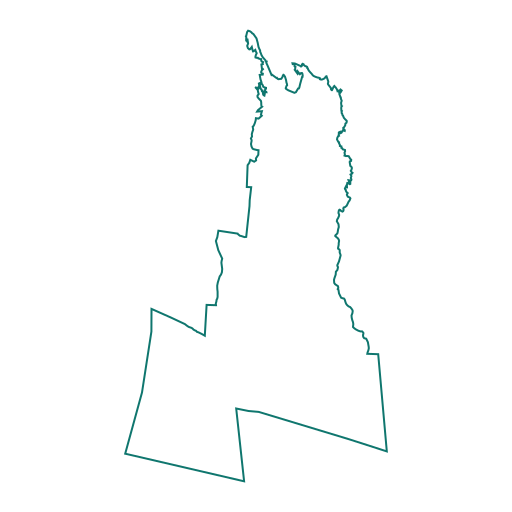 outline of Vaimauga West, Tuamasaga, Samoa
{"feature_id": "51752279B6831491074988", "entity_name": "Vaimauga West", "entity_type": "district", "adm_level": 2, "iso_a3": "WSM", "parent_name": "Samoa", "parent_adm1": "Tuamasaga", "projection": "equal_earth", "projection_center": [-171.762, -13.882], "detail": "fine", "context": "isolated", "style": "outline", "palette": "teal", "viewbox_px": 512, "rotation_deg": 0, "n_neighbors": 0, "source": "geoboundaries", "source_scale": "gbopen_adm2", "svg_char_len": 5915}
<svg xmlns="http://www.w3.org/2000/svg" viewBox="0 0 512 512"><path d="M346.8,121.1L346.6,120.7L344.9,119.0L343.8,117.7L343.1,115.8L342.6,115.4L342.1,113.6L341.7,113.2L341.6,111.8L341.9,111.0L341.4,110.7L341.2,108.0L341.4,106.7L341.9,106.1L341.4,105.7L341.1,103.1L341.2,102.3L341.7,100.8L341.0,99.0L340.8,97.6L340.6,97.6L339.3,93.9L340.2,92.8L339.8,91.9L340.5,90.3L341.3,91.2L341.7,90.5L340.5,89.5L338.7,91.6L338.1,90.7L337.5,91.1L337.0,89.5L335.6,87.3L334.7,86.7L334.4,86.0L333.8,86.4L332.0,90.1L331.6,90.1L330.9,89.1L330.9,88.0L328.1,84.4L327.9,83.7L328.3,81.8L328.1,80.9L326.5,76.3L325.7,76.6L325.5,77.3L324.1,78.6L322.4,79.4L321.1,79.6L319.9,79.2L320.0,78.3L318.8,77.7L317.7,77.6L315.4,76.8L313.7,76.0L312.8,75.3L311.5,73.6L310.5,72.6L308.8,70.6L308.0,69.1L307.8,68.3L307.2,68.0L307.1,66.9L306.4,66.4L305.3,66.2L303.8,65.0L303.6,64.3L302.7,63.8L302.0,64.4L301.9,65.8L301.0,66.5L300.3,65.9L294.9,63.5L292.5,63.3L292.7,64.1L294.7,64.0L294.5,66.1L295.5,66.9L295.2,67.6L295.2,69.6L294.8,69.9L297.7,73.9L297.9,73.6L296.6,71.9L297.3,70.9L299.9,74.2L301.1,73.0L302.1,73.1L302.4,73.7L302.7,75.6L302.5,76.9L302.1,76.9L300.1,84.1L299.3,87.6L298.9,88.4L298.1,88.5L295.9,92.2L294.4,92.8L288.3,90.3L286.1,88.9L285.7,88.2L286.6,85.7L287.1,85.3L287.0,84.1L286.5,82.7L286.0,79.9L285.0,76.7L283.8,75.0L283.4,74.8L282.8,75.7L282.5,76.9L281.3,78.8L278.4,79.2L277.8,78.9L277.0,77.9L276.6,78.1L271.9,74.6L271.5,74.9L267.8,66.1L266.3,62.8L266.6,61.7L266.1,61.7L265.5,60.4L262.8,57.3L261.5,55.1L260.7,52.9L260.2,51.9L260.1,50.4L259.3,48.9L258.5,46.9L257.7,42.8L256.5,38.4L253.4,34.0L252.2,33.3L251.4,32.3L250.0,31.3L248.1,30.7L247.1,32.1L246.2,36.0L245.9,36.3L246.3,37.3L246.2,39.1L247.5,39.4L247.7,41.0L247.0,40.6L246.8,39.9L246.2,40.0L246.2,40.6L247.2,41.1L247.2,41.7L247.9,42.1L248.1,43.5L247.2,45.9L247.9,48.1L249.3,49.4L250.1,49.2L251.8,46.9L252.3,49.1L253.0,51.4L253.5,51.3L255.3,49.9L255.7,51.2L256.7,53.2L255.8,55.2L255.4,56.9L255.5,57.5L256.6,57.8L257.9,57.8L258.4,58.5L259.5,58.7L260.6,59.3L261.1,59.2L261.4,61.0L262.1,61.7L263.1,62.1L262.6,63.1L262.8,64.1L261.4,64.5L262.0,69.0L262.8,68.9L263.0,69.2L261.9,70.1L261.1,72.1L262.2,73.8L262.8,73.8L262.7,74.6L260.9,74.7L259.7,74.9L260.5,79.3L261.4,82.0L261.7,83.8L262.7,85.1L263.3,86.8L264.5,87.4L266.0,87.8L266.0,88.5L265.4,88.5L265.1,89.7L264.9,91.2L266.3,91.8L266.4,92.2L264.2,92.0L264.0,92.4L264.8,93.7L264.4,95.6L263.6,95.2L263.1,94.3L262.6,90.8L261.9,91.0L261.5,89.5L261.1,89.3L260.5,88.2L260.2,86.9L259.6,87.2L258.5,88.7L258.0,88.5L260.1,84.7L259.7,83.1L258.9,83.5L259.3,85.5L257.5,88.8L256.4,87.7L255.2,87.1L257.7,89.9L258.2,92.4L258.7,94.0L257.5,95.6L257.5,96.9L258.5,98.3L260.9,100.8L261.2,102.1L261.3,105.0L261.6,106.6L262.0,106.8L257.9,110.2L257.1,111.6L261.9,111.2L260.9,114.7L261.8,115.7L258.6,118.6L255.9,118.2L255.7,120.2L254.9,122.9L254.1,124.9L253.5,126.0L252.7,126.7L253.2,129.6L252.3,132.2L251.8,134.2L252.0,136.5L250.9,138.5L251.6,140.1L251.6,140.9L251.0,144.0L251.5,146.5L252.5,148.5L253.3,149.1L256.9,150.0L258.5,150.2L258.3,154.8L255.9,158.4L256.1,160.4L254.2,161.7L250.3,159.8L249.3,162.8L247.6,165.2L246.8,187.0L251.2,187.2L249.7,200.2L249.5,206.1L246.2,236.9L244.5,237.1L241.2,236.0L239.8,235.7L237.7,233.9L237.6,233.6L218.4,230.7L217.3,237.2L215.9,241.0L218.3,250.2L222.2,258.6L221.6,261.0L221.4,262.8L222.2,269.0L221.9,272.3L221.0,274.6L219.7,276.4L217.8,282.5L217.2,285.7L217.3,289.1L217.6,291.8L217.6,296.9L217.2,298.7L216.6,299.7L216.4,301.4L215.8,303.5L216.0,305.2L206.6,304.9L204.8,335.7L201.8,334.0L198.4,332.3L197.0,331.9L196.0,330.8L194.9,330.4L193.5,329.6L192.7,328.7L191.6,327.9L188.7,326.9L186.9,325.7L184.9,324.1L171.9,318.0L151.5,308.9L151.4,331.6L142.0,392.5L125.2,453.7L244.1,481.3L236.2,408.5L248.5,411.0L258.7,411.9L349.2,439.3L386.8,451.4L378.2,354.2L367.3,353.8L367.6,352.3L368.4,350.2L368.8,348.3L368.7,346.9L367.9,342.2L366.2,338.7L364.2,338.2L363.2,336.8L363.0,335.0L363.4,333.8L363.3,332.7L362.1,331.4L360.4,331.4L358.3,330.7L355.7,329.3L354.2,328.2L353.0,327.0L353.3,324.1L353.0,322.2L352.2,319.9L351.7,317.7L351.5,315.5L352.4,313.2L352.7,311.0L352.4,310.0L351.4,308.5L350.2,307.1L348.6,306.4L347.2,305.2L346.2,303.9L345.6,302.5L344.7,299.5L343.9,298.5L342.7,298.3L341.1,297.7L339.0,293.4L338.5,290.0L337.7,289.1L338.3,288.0L338.0,286.2L335.1,284.2L334.2,282.9L334.0,279.8L334.4,278.3L335.7,274.6L335.9,271.7L337.3,270.1L337.6,269.1L338.0,267.1L337.4,266.0L337.3,265.2L339.0,261.4L340.6,255.5L340.5,254.7L339.7,252.6L339.7,250.1L339.1,249.3L338.2,248.8L338.0,248.2L338.7,244.7L338.7,243.2L339.1,240.9L338.7,239.5L337.7,238.1L336.5,237.2L335.2,235.9L335.5,235.2L336.4,234.4L337.4,233.3L337.7,232.0L338.1,229.4L338.8,227.0L338.5,224.2L336.8,221.2L337.2,219.5L338.2,217.9L339.1,215.7L339.1,214.5L338.5,213.2L338.5,212.3L338.9,210.3L339.5,209.7L340.3,210.0L341.1,211.0L342.5,211.6L343.2,211.1L343.6,209.9L343.3,208.4L343.7,207.5L344.9,207.2L346.7,205.7L348.7,201.5L349.6,200.5L350.4,198.4L349.9,197.6L347.8,196.7L346.9,194.9L346.9,194.4L347.7,193.1L346.5,192.0L345.9,190.9L345.7,189.7L345.2,189.4L344.9,188.5L345.9,186.5L346.4,187.4L347.0,187.4L346.9,185.0L347.3,183.0L348.0,183.1L349.8,184.2L350.3,183.9L350.3,182.4L349.5,182.2L348.8,181.2L348.5,180.2L350.8,180.6L351.2,180.3L351.4,179.3L350.8,178.0L351.4,176.1L350.5,174.5L352.2,173.5L352.5,172.8L351.8,172.4L350.8,170.9L351.4,170.0L351.9,168.0L351.4,166.8L350.3,165.9L349.7,162.2L349.8,161.4L351.1,160.9L351.2,159.7L350.3,158.9L348.7,156.2L347.1,156.0L345.9,156.1L344.5,155.6L344.9,154.5L344.5,152.7L345.1,151.3L345.0,150.0L342.7,149.3L342.2,148.2L341.4,147.9L341.4,146.4L339.9,146.0L339.9,144.9L339.0,143.2L339.1,142.3L338.3,141.9L337.0,139.4L337.3,137.8L338.1,136.3L339.0,135.8L338.6,135.0L339.1,133.8L338.7,133.0L339.0,132.3L340.1,131.8L340.7,133.1L341.3,132.8L341.4,130.8L341.7,131.5L342.3,131.6L343.0,130.2L344.7,130.9L344.8,130.2L343.3,128.6L343.3,127.8L343.8,127.6L345.2,125.4L345.4,123.6L346.5,122.7L346.8,121.1Z" fill="none" stroke="#0f766e" stroke-width="2"/></svg>